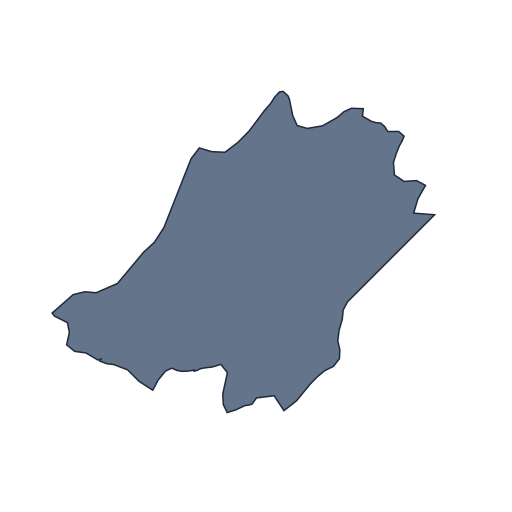 outline of Osun, rotated 217°
{"feature_id": "NGA-2855", "entity_name": "Osun", "entity_type": "State", "adm_level": 1, "iso_a3": "NGA", "parent_name": "Nigeria", "parent_adm1": "", "projection": "equal_earth", "projection_center": [4.53, 7.53], "detail": "fine", "context": "isolated", "style": "filled", "palette": "slate", "viewbox_px": 512, "rotation_deg": 217, "n_neighbors": 0, "source": "natural_earth", "source_scale": "10m", "svg_char_len": 1355}
<svg xmlns="http://www.w3.org/2000/svg" viewBox="0 0 512 512"><g transform="rotate(217 256 256)"><path d="M163.1,414.4L161.1,399.2L155.9,385.1L138.2,396.4L155.3,274.7L153.9,265.4L149.0,257.4L145.0,246.8L139.6,237.4L132.7,231.7L127.5,224.1L127.8,214.3L132.1,205.8L134.3,196.4L135.6,186.5L136.5,164.6L140.6,149.3L157.4,155.3L170.2,142.9L170.0,135.4L172.1,132.5L174.9,129.8L179.5,121.0L184.8,113.6L192.6,117.6L199.5,125.8L208.6,145.6L218.8,148.3L224.0,141.2L231.2,134.2L232.7,132.2L234.2,129.2L236.1,126.8L236.6,127.8L240.9,123.3L245.6,119.4L250.1,117.1L255.6,115.8L256.9,113.8L259.0,109.6L259.5,98.1L257.7,86.7L273.7,85.5L290.0,87.8L304.0,83.8L310.5,80.1L317.4,78.1L317.8,80.4L319.5,77.8L333.5,76.2L343.4,70.7L353.8,71.1L359.1,82.7L366.5,89.3L380.8,86.7L384.5,87.8L378.8,115.1L371.2,124.4L361.6,130.4L350.1,150.8L348.1,191.2L345.4,206.0L346.7,223.4L366.4,294.7L366.3,308.2L354.1,312.7L343.2,320.2L338.8,335.9L336.7,352.0L336.8,377.2L336.1,386.2L336.7,393.9L336.0,401.2L333.4,403.8L326.7,403.1L323.6,401.2L311.1,390.2L301.7,385.0L291.9,388.7L281.2,400.0L274.5,415.6L272.6,424.2L268.7,431.4L259.0,438.2L255.1,431.7L245.0,433.0L240.5,434.7L236.4,437.2L231.0,436.8L225.7,434.7L217.0,441.3L209.8,440.8L208.5,435.8L207.8,430.4L205.5,421.8L202.5,413.4L194.2,404.0L182.6,404.7L173.2,412.8L163.1,414.4Z" fill="#64748b" stroke="#1e293b" stroke-width="1.5"/></g></svg>